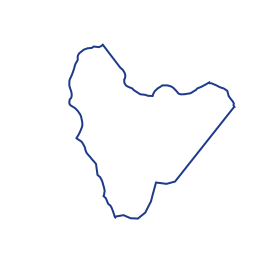 the district of Morne Vient, Vieux Fort, Saint Lucia, rotated 211°
{"feature_id": "8701671B46237577852216", "entity_name": "Morne Vient", "entity_type": "district", "adm_level": 2, "iso_a3": "LCA", "parent_name": "Saint Lucia", "parent_adm1": "Vieux Fort", "projection": "albers", "projection_center": [-60.951, 13.807], "detail": "fine", "context": "isolated", "style": "outline", "palette": "blue", "viewbox_px": 256, "rotation_deg": 211, "n_neighbors": 0, "source": "geoboundaries", "source_scale": "gbopen_adm2", "svg_char_len": 2185}
<svg xmlns="http://www.w3.org/2000/svg" viewBox="0 0 256 256"><g transform="rotate(211 128 128)"><path d="M82.1,208.4L82.5,207.7L83.6,205.7L86.4,201.0L89.0,197.6L89.4,195.6L92.3,190.0L96.8,186.2L100.1,184.0L102.3,183.5L106.4,184.9L110.3,185.8L112.5,185.8L116.0,184.9L120.5,182.2L121.4,180.2L122.9,177.3L124.0,173.5L124.0,170.8L123.4,168.1L127.7,165.8L130.1,165.4L132.1,164.5L134.9,163.2L141.4,163.4L143.2,163.6L144.7,164.1L149.2,163.4L151.6,163.4L154.2,164.7L156.2,167.4L156.2,169.0L157.3,171.7L159.5,173.7L162.5,175.2L165.6,175.7L192.5,186.4L193.0,184.7L194.6,182.3L199.3,180.2L200.3,178.0L203.7,175.5L206.2,172.4L207.5,169.1L208.3,166.8L208.3,164.6L207.8,163.0L207.1,162.1L206.1,160.2L206.1,156.6L205.7,154.1L205.1,152.3L205.0,151.9L204.7,150.7L204.4,149.3L204.0,147.7L203.8,146.4L203.6,145.2L203.4,144.2L203.3,143.1L203.2,142.3L203.1,141.2L203.0,140.1L202.7,138.8L202.3,137.9L202.0,137.3L201.6,136.7L201.1,135.7L200.6,134.9L199.9,133.9L198.9,133.0L197.7,131.9L197.0,131.3L196.1,130.6L194.8,129.3L194.0,128.4L193.3,127.4L192.6,126.0L192.3,124.8L192.3,124.0L192.6,122.7L192.4,121.8L191.9,120.5L191.6,119.9L191.2,119.4L191.1,119.2L190.7,118.7L190.4,118.6L190.0,118.1L189.5,118.0L188.1,117.8L186.6,117.8L184.1,117.8L182.2,117.4L181.0,117.1L179.7,116.7L178.6,116.2L177.4,115.6L176.1,115.1L174.2,113.7L172.0,111.4L170.6,109.8L169.6,108.6L168.9,107.4L168.2,106.0L167.8,104.4L167.5,102.3L167.2,100.3L167.0,98.2L166.9,96.4L167.0,93.3L166.9,92.7L164.4,92.5L161.0,92.4L159.4,91.8L156.3,90.0L154.5,88.8L153.3,87.3L150.6,85.3L148.0,84.4L145.0,83.5L143.1,82.7L139.4,81.6L136.9,80.7L130.0,72.1L128.3,71.8L126.5,71.5L122.7,69.1L119.1,65.7L117.8,64.5L115.6,62.1L114.5,59.3L114.0,58.0L114.0,57.1L110.9,56.4L108.8,54.9L105.8,52.7L103.4,52.5L101.1,51.3L97.5,48.5L93.4,44.9L92.8,44.8L92.7,46.0L86.9,51.0L86.7,51.0L79.2,52.0L74.9,54.4L72.9,55.4L69.6,64.4L70.2,72.2L70.5,76.8L71.4,79.9L72.4,83.2L75.9,95.7L69.8,98.4L66.3,99.9L60.1,106.3L47.9,200.7L47.7,200.9L48.0,201.1L48.8,201.5L49.1,201.6L49.9,203.4L50.1,203.7L51.6,204.6L55.3,206.0L58.1,207.2L62.1,211.0L66.4,211.2L67.9,210.8L70.2,210.3L73.3,210.1L74.6,210.0L79.1,209.4L82.0,208.1L82.1,208.4Z" fill="none" stroke="#1e3a8a" stroke-width="2"/></g></svg>